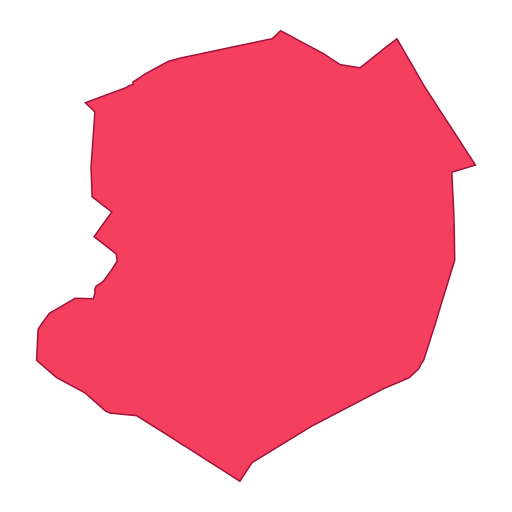 Ķegums, Ogre, Latvia (Mercator projection)
{"feature_id": "27541924B39135801304013", "entity_name": "Ķegums", "entity_type": "district", "adm_level": 2, "iso_a3": "LVA", "parent_name": "Latvia", "parent_adm1": "Ogre", "projection": "mercator", "projection_center": [24.717, 56.74], "detail": "fine", "context": "isolated", "style": "filled", "palette": "rose", "viewbox_px": 512, "rotation_deg": 0, "n_neighbors": 0, "source": "geoboundaries", "source_scale": "gbopen_adm2", "svg_char_len": 1557}
<svg xmlns="http://www.w3.org/2000/svg" viewBox="0 0 512 512"><path d="M85.3,102.7L94.9,111.9L91.3,163.4L91.0,167.3L92.1,196.8L94.6,198.7L99.5,202.5L100.7,203.5L106.5,208.0L111.8,212.0L102.3,225.1L94.3,236.5L94.1,236.8L105.0,245.2L110.6,249.6L116.2,254.0L117.2,260.9L111.2,270.5L103.0,281.6L96.1,286.2L94.7,289.6L95.0,292.3L93.5,298.7L75.1,298.3L49.4,313.3L41.8,323.6L38.1,329.3L37.1,349.6L36.6,360.3L52.1,373.7L56.6,377.6L70.3,385.0L85.0,392.9L105.6,411.1L110.3,413.1L136.6,415.7L174.8,439.7L183.5,445.5L184.9,446.1L215.3,465.6L224.7,471.5L232.0,476.2L239.9,481.3L245.0,473.4L250.8,464.5L251.9,462.8L256.5,459.9L311.6,426.2L383.3,388.8L409.4,377.6L410.8,376.2L415.9,371.4L418.0,369.4L418.9,368.5L420.6,364.9L420.9,364.1L423.7,360.2L432.3,333.1L434.1,327.6L435.9,322.0L436.4,320.2L438.9,311.9L439.0,311.3L439.2,310.8L439.4,310.3L440.4,306.8L441.6,302.7L442.9,298.7L444.0,295.1L445.1,291.5L445.2,291.2L445.3,290.9L450.0,275.6L454.7,260.2L454.3,230.1L453.7,211.0L451.8,172.2L475.4,165.0L469.6,156.0L468.8,154.9L450.9,127.1L442.0,113.7L441.0,112.1L434.9,102.5L431.0,96.5L426.5,89.7L424.0,85.7L411.8,64.5L408.3,58.5L400.9,45.6L398.8,42.0L396.9,38.8L387.0,46.3L360.0,67.8L340.1,64.6L323.2,53.5L293.4,37.6L280.6,30.7L272.1,38.8L267.0,39.7L258.7,41.5L240.1,45.4L204.0,53.0L201.4,53.7L197.0,54.6L195.7,54.9L190.5,55.9L185.3,57.0L182.9,57.5L180.5,58.1L179.2,58.4L168.3,61.3L154.5,68.8L145.9,73.5L140.5,77.1L137.8,78.9L132.9,82.0L133.3,84.3L128.2,85.9L127.3,87.0L127.0,87.2L126.1,87.6L124.2,88.3L85.3,102.7Z" fill="#f43f5e" stroke="#9f1239" stroke-width="1.5"/></svg>